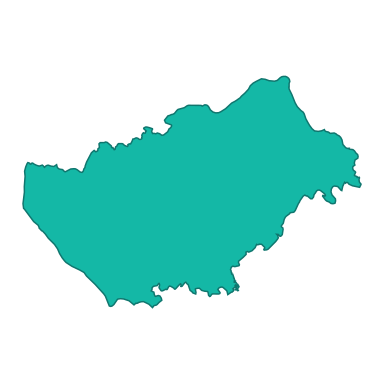 Mompós, Bolívar, Colombia
{"feature_id": "7082276B99347605500180", "entity_name": "Mompós", "entity_type": "district", "adm_level": 2, "iso_a3": "COL", "parent_name": "Colombia", "parent_adm1": "Bolívar", "projection": "mercator", "projection_center": [-74.509, 9.146], "detail": "fine", "context": "isolated", "style": "filled", "palette": "teal", "viewbox_px": 384, "rotation_deg": 0, "n_neighbors": 0, "source": "geoboundaries", "source_scale": "gbopen_adm2", "svg_char_len": 6032}
<svg xmlns="http://www.w3.org/2000/svg" viewBox="0 0 384 384"><path d="M28.2,162.1L27.0,163.8L25.7,167.0L24.6,171.2L25.1,176.3L24.3,186.6L24.4,192.2L23.0,203.7L23.6,208.4L24.4,209.1L33.7,221.6L38.2,225.3L39.2,227.7L39.1,228.0L41.7,230.8L42.5,231.0L45.3,234.0L48.4,238.3L54.5,244.4L57.6,248.9L59.6,253.6L62.3,258.0L64.5,260.8L66.1,262.5L72.1,266.4L79.7,270.0L84.1,272.5L86.5,276.0L95.3,284.5L103.7,293.8L105.4,296.2L109.3,306.0L110.7,306.4L112.1,306.0L113.9,304.5L117.4,299.4L118.2,299.0L120.5,298.7L123.7,299.0L129.1,300.8L134.0,304.9L135.9,303.2L136.4,303.4L137.7,303.1L137.7,302.9L138.9,302.4L141.0,301.8L143.5,301.6L148.9,304.2L152.5,307.6L154.0,305.6L156.2,305.1L157.0,304.6L159.2,302.3L161.8,300.3L161.3,298.2L159.9,296.0L158.2,295.5L155.6,296.4L155.2,296.3L154.3,294.6L153.9,292.2L151.2,290.9L152.0,289.5L152.1,287.7L153.5,286.3L157.1,285.6L158.8,283.4L159.2,283.4L159.6,284.7L159.5,286.0L159.0,287.1L159.3,288.2L161.1,290.7L161.6,290.9L162.6,290.8L165.9,289.2L166.8,289.6L167.2,289.4L168.6,286.8L169.4,286.1L170.7,286.3L173.8,288.1L174.4,289.0L175.0,289.2L176.0,288.4L178.5,285.6L180.4,283.8L180.9,284.1L181.1,284.9L180.8,286.4L181.3,286.5L182.1,286.2L184.7,282.8L185.8,282.2L187.3,284.1L188.1,284.5L190.1,290.4L191.9,291.7L192.8,292.9L195.7,294.0L196.0,292.5L195.3,289.0L195.5,288.7L197.6,288.3L199.4,288.2L201.7,290.4L204.6,291.2L207.5,291.5L208.0,292.2L208.6,295.4L209.7,296.5L210.3,296.3L211.7,294.4L212.5,293.9L218.7,294.0L219.7,293.6L220.1,292.9L220.0,292.5L217.8,289.4L219.2,287.7L221.0,287.1L222.2,287.1L223.1,287.5L226.5,290.5L227.0,291.2L227.8,294.6L231.3,292.2L232.3,292.0L232.5,291.6L233.1,291.3L233.7,290.4L233.3,289.5L233.5,289.6L233.6,288.2L235.4,286.9L235.0,285.8L235.4,285.0L235.9,285.4L236.5,285.3L236.7,286.2L236.4,286.5L236.5,287.6L236.0,288.3L236.0,289.1L235.3,289.7L236.0,290.0L237.2,289.7L237.5,290.6L237.1,290.8L238.3,290.5L238.1,290.1L237.6,290.3L237.5,288.8L238.8,287.1L239.0,286.4L238.5,285.8L237.9,286.0L238.1,285.0L237.8,284.4L237.3,284.3L236.2,282.7L235.4,282.4L235.5,281.0L234.8,280.8L234.5,282.2L234.2,282.1L234.6,279.7L234.2,278.8L234.2,278.2L233.7,278.0L233.6,276.8L232.7,274.2L231.7,274.1L231.5,273.8L231.8,273.1L231.6,272.4L231.2,272.2L231.1,270.8L230.5,269.7L231.3,267.2L232.9,266.1L234.2,266.6L235.9,266.5L236.8,266.0L237.6,266.1L239.1,265.6L239.4,264.7L238.5,262.6L238.6,261.2L243.2,257.3L246.1,254.4L246.0,252.1L247.4,251.5L248.8,252.1L252.1,250.7L255.1,247.7L256.6,244.4L257.3,244.8L259.0,244.5L259.2,244.1L261.6,244.3L264.6,247.3L264.7,248.1L263.8,249.3L264.2,250.1L266.8,249.8L268.2,249.1L275.8,241.4L277.7,238.9L278.3,237.8L277.6,235.3L276.7,234.3L278.2,234.4L280.0,236.3L280.7,236.2L281.5,235.6L282.3,234.5L283.1,229.2L282.7,227.7L281.5,227.0L281.3,226.4L281.4,225.8L283.3,223.2L284.2,219.4L285.2,217.4L286.1,216.3L289.6,213.7L290.2,212.7L293.4,212.3L294.3,211.8L295.4,210.2L298.3,203.8L299.7,201.6L299.7,201.1L303.1,196.2L304.8,195.1L306.4,196.0L307.3,195.9L310.7,198.8L312.1,198.8L313.5,197.1L314.1,194.6L315.5,192.8L316.5,191.0L317.7,190.2L319.2,190.0L320.6,190.6L324.6,193.8L325.4,195.2L325.4,195.7L324.7,196.1L323.1,195.3L322.8,195.4L322.6,196.1L325.4,199.9L326.6,201.0L329.3,202.1L330.9,203.4L332.2,203.7L333.7,203.6L335.0,203.2L335.6,200.9L335.4,198.8L332.0,194.9L331.0,191.9L331.4,188.9L332.8,186.7L334.4,186.0L337.7,186.5L341.1,190.3L341.8,190.6L342.7,186.4L344.6,182.3L345.5,183.2L346.3,182.5L347.6,182.5L349.0,184.2L352.5,185.8L359.6,187.3L361.0,184.5L360.8,183.7L359.7,182.6L359.3,181.7L359.0,179.4L359.5,177.9L359.3,177.3L357.2,177.5L357.1,176.6L354.9,175.8L354.4,175.2L355.6,172.2L354.9,171.3L353.8,170.6L352.9,169.4L352.7,167.8L352.8,166.9L353.3,166.2L354.9,165.1L354.3,163.1L355.0,160.0L357.8,158.2L358.1,156.4L357.6,154.5L356.0,153.1L354.5,150.9L352.9,149.6L349.5,149.2L348.9,148.8L349.1,148.3L347.1,148.4L345.7,147.7L342.9,144.5L342.0,139.9L340.7,137.4L339.2,135.9L337.0,134.8L336.1,133.9L334.2,133.0L330.2,133.4L328.5,132.1L325.6,131.4L324.7,130.5L324.4,129.6L321.6,130.8L318.3,131.4L314.5,130.9L312.0,128.7L309.5,125.3L307.7,122.2L305.8,118.7L304.2,113.9L303.2,112.2L300.9,110.5L297.3,106.7L295.1,102.8L291.8,94.5L289.2,89.2L288.8,87.2L289.1,87.1L289.1,83.4L289.8,81.5L289.4,79.6L288.7,78.4L287.5,77.3L285.6,76.4L283.5,76.4L281.9,76.7L280.3,77.6L277.3,80.4L274.6,81.2L269.1,80.7L265.2,79.3L261.4,78.8L256.2,81.4L253.2,83.1L250.4,85.6L248.5,89.2L244.8,93.2L241.4,96.2L240.0,97.9L235.2,101.2L231.6,103.1L225.6,108.7L220.7,111.8L218.7,112.7L215.7,112.9L212.9,112.0L210.4,109.9L208.6,106.7L207.7,105.7L206.8,105.1L205.6,104.9L204.6,104.9L202.2,106.1L201.1,105.4L188.6,105.3L187.2,105.7L184.3,107.7L178.1,109.4L176.9,110.4L174.4,113.5L172.8,114.3L171.2,114.6L170.2,115.2L167.9,115.9L164.5,120.2L165.6,122.8L171.3,124.9L171.6,125.4L171.5,126.3L170.6,127.8L169.1,128.8L167.7,131.8L163.6,135.0L161.8,135.3L159.7,133.7L157.3,133.0L155.7,133.8L153.9,133.3L152.8,133.6L152.2,132.9L151.7,131.5L151.8,130.6L152.5,129.3L152.4,128.7L149.5,127.7L146.8,127.0L145.7,127.0L143.9,127.9L143.7,128.7L146.2,131.0L145.9,131.6L145.6,131.6L145.3,133.0L143.9,133.2L143.5,132.8L142.7,133.4L141.8,135.2L142.1,136.6L141.7,137.4L141.9,138.3L141.6,138.9L140.5,139.4L139.3,139.4L137.9,138.3L136.6,137.9L135.7,138.0L134.0,138.9L132.9,139.0L132.0,141.4L130.6,143.9L129.2,143.9L127.9,144.6L128.0,145.8L127.3,146.5L124.6,145.5L122.9,143.9L122.1,143.6L118.6,143.6L117.6,144.4L116.9,146.0L115.6,146.9L115.0,149.4L114.2,149.7L112.9,147.6L112.1,147.8L111.5,147.2L111.5,146.4L111.1,145.7L107.2,142.4L105.6,142.0L104.1,142.6L100.2,142.6L99.0,143.8L99.4,147.6L98.0,148.7L97.7,150.8L95.9,151.8L94.7,151.0L94.5,150.5L94.0,150.5L91.4,152.8L86.6,162.0L85.2,165.9L84.9,167.6L83.9,168.9L83.2,171.3L82.1,172.4L80.3,172.1L77.1,169.7L75.6,168.9L74.0,168.7L70.7,169.0L65.5,171.7L65.0,171.7L64.2,171.3L62.6,169.6L59.4,169.1L58.0,168.2L57.2,167.1L56.6,164.7L53.9,166.5L50.9,166.1L48.4,165.2L47.3,165.3L46.1,165.8L44.4,167.3L43.5,166.1L42.3,165.1L39.2,166.1L36.8,165.4L34.2,164.2L33.2,163.4L32.1,163.0L30.9,164.1L30.2,164.2L29.7,163.2L28.1,162.6L28.2,162.1Z" fill="#14b8a6" stroke="#0f766e" stroke-width="1.5"/></svg>